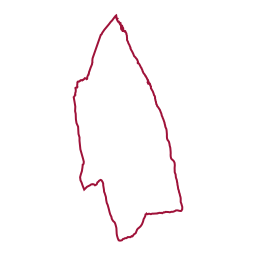 the district of Karura, Semenawi Keyih Bahri, Eritrea
{"feature_id": "51966322B45199582240714", "entity_name": "Karura", "entity_type": "district", "adm_level": 2, "iso_a3": "ERI", "parent_name": "Eritrea", "parent_adm1": "Semenawi Keyih Bahri", "projection": "equal_earth", "projection_center": [38.724, 17.385], "detail": "fine", "context": "isolated", "style": "outline", "palette": "rose", "viewbox_px": 256, "rotation_deg": 0, "n_neighbors": 0, "source": "geoboundaries", "source_scale": "gbopen_adm2", "svg_char_len": 5645}
<svg xmlns="http://www.w3.org/2000/svg" viewBox="0 0 256 256"><path d="M84.2,189.6L87.0,186.8L90.0,185.3L90.9,184.6L91.4,184.3L92.5,184.3L92.9,184.1L93.6,184.4L94.3,184.6L94.5,184.8L95.0,185.3L95.5,185.0L96.4,184.6L96.9,183.9L97.3,182.6L97.5,182.3L98.3,181.8L98.8,181.1L99.2,180.7L100.6,179.9L101.2,180.1L101.7,180.5L101.9,180.9L102.7,182.2L103.2,183.7L103.2,185.2L103.9,189.4L104.1,191.8L104.6,192.9L105.9,197.0L106.2,200.0L106.8,203.0L107.2,203.9L107.5,204.4L107.9,205.7L108.8,209.0L109.6,212.3L110.3,214.6L111.4,216.8L111.7,218.4L111.8,218.8L112.7,220.4L113.4,221.3L114.3,222.0L115.0,223.1L115.3,224.0L115.7,225.3L116.1,226.8L116.4,228.1L116.7,233.7L117.0,235.6L117.9,238.6L118.1,239.1L118.5,239.5L118.7,240.0L118.7,240.3L119.6,240.6L120.4,240.6L121.8,240.3L122.1,240.1L122.7,239.3L123.2,238.9L124.0,238.8L125.0,238.2L126.6,238.1L127.4,237.3L127.7,237.1L128.4,237.2L129.0,237.0L129.9,237.2L130.3,237.2L131.6,236.2L132.0,236.5L132.5,236.3L133.6,234.8L134.1,234.2L134.8,233.8L135.7,233.1L137.1,229.6L137.9,228.6L138.6,228.1L140.5,226.4L141.9,224.4L143.0,221.7L143.4,220.2L143.6,219.2L144.1,218.4L145.2,216.2L145.5,214.5L146.0,214.3L146.5,213.6L147.0,214.1L147.7,214.2L148.2,213.9L148.5,213.8L149.7,213.8L150.5,214.1L151.1,214.1L151.7,213.8L152.9,213.6L153.6,213.7L154.2,213.6L154.7,213.6L155.4,213.5L156.0,213.6L156.8,213.4L157.2,213.5L157.6,213.2L158.3,213.2L159.2,212.8L160.4,213.0L161.1,212.8L162.1,213.2L162.4,213.2L163.5,212.4L163.9,212.3L164.6,212.4L165.5,211.9L168.2,212.0L169.8,212.3L171.4,211.8L172.9,211.8L174.6,211.2L176.0,210.4L177.8,210.4L179.1,210.8L180.8,211.0L181.2,210.9L181.5,210.6L182.3,209.0L182.2,208.7L182.3,207.2L182.2,206.6L181.7,205.0L181.5,204.1L180.7,202.0L180.7,198.5L180.5,197.1L180.1,195.9L179.6,193.6L179.1,192.3L179.1,192.0L179.0,191.9L178.8,190.5L178.2,189.0L177.8,186.1L177.5,185.0L177.3,182.8L177.1,182.4L177.0,181.3L176.9,181.1L176.8,180.1L175.9,177.5L175.6,174.4L174.8,172.5L174.7,171.8L174.7,170.8L174.6,168.1L174.8,165.4L174.7,163.9L174.5,162.6L174.2,162.0L173.9,161.3L172.9,160.2L171.8,159.3L171.2,158.5L171.0,157.9L170.7,156.5L170.7,155.8L170.6,155.1L170.7,153.2L170.6,151.2L170.3,147.8L169.7,145.6L169.5,144.1L169.0,142.0L168.3,140.8L167.5,139.8L167.4,139.3L167.1,138.8L166.9,137.0L166.9,134.2L166.6,130.5L166.3,128.9L165.5,127.2L165.2,126.0L165.2,125.6L165.0,125.1L164.9,124.3L164.6,123.7L164.6,123.0L163.3,119.2L162.7,117.9L162.5,117.1L161.8,115.7L161.4,113.8L161.1,113.0L160.8,112.4L160.5,111.5L160.0,110.3L159.9,109.9L158.9,108.4L158.1,107.1L157.3,106.3L156.9,105.0L156.3,104.1L156.3,103.5L156.0,102.7L156.0,101.9L155.6,101.0L155.3,99.3L155.1,98.8L155.0,98.2L155.1,97.6L154.8,96.2L154.0,95.1L153.8,94.2L153.4,92.9L153.2,92.6L152.9,91.6L152.1,90.2L151.8,89.8L151.6,89.2L151.0,88.5L150.9,87.9L150.9,87.0L151.1,87.2L151.2,87.3L151.0,87.0L151.0,86.5L150.5,85.8L150.3,85.1L150.2,85.3L149.4,83.6L148.9,83.0L148.7,83.0L148.8,83.4L148.8,83.7L148.7,83.8L148.3,83.8L148.1,83.6L148.1,83.1L148.3,82.8L148.5,82.8L148.3,82.6L148.4,82.3L148.6,82.2L148.4,81.9L148.3,82.3L148.0,82.5L147.7,82.5L147.6,82.4L147.6,82.1L147.8,81.8L148.3,81.2L148.2,81.1L148.1,80.8L148.0,80.4L147.9,80.4L147.7,79.9L147.7,79.7L147.4,79.6L147.3,79.2L146.8,78.3L146.7,77.8L146.0,76.8L145.9,76.4L145.7,76.4L145.2,75.6L144.7,74.5L144.1,73.9L143.2,72.6L143.1,72.2L143.0,71.8L142.6,71.2L142.4,70.2L141.9,69.3L141.5,68.1L141.3,68.0L141.0,67.5L139.4,64.3L138.6,63.3L138.0,63.3L137.7,63.0L137.7,62.7L138.0,62.2L138.0,61.8L137.7,60.9L137.4,60.5L137.2,59.6L136.9,59.2L136.0,58.2L135.4,57.3L134.3,56.3L134.3,56.2L134.1,56.0L133.0,53.2L132.7,52.8L132.2,51.6L131.2,50.0L130.9,49.2L130.7,49.0L130.4,48.2L130.5,47.6L129.8,46.2L129.5,45.2L128.4,43.3L127.9,41.6L127.3,40.6L127.0,39.9L127.1,38.9L126.9,36.7L126.9,35.7L126.8,35.3L126.4,34.3L126.4,33.4L125.8,32.5L125.3,31.2L125.1,31.0L123.4,30.8L123.1,31.0L122.8,30.9L122.8,31.0L122.7,31.0L122.6,29.9L122.8,29.6L123.1,30.0L123.3,30.2L123.2,29.5L123.2,29.1L122.8,29.2L122.1,29.8L121.7,29.8L121.5,29.6L121.4,29.1L121.3,28.7L121.4,28.3L121.4,28.1L121.5,28.0L121.1,28.0L121.1,27.8L121.0,27.3L121.0,26.8L121.1,26.4L120.7,25.1L120.7,24.4L120.1,24.4L119.9,24.1L120.0,23.5L120.3,23.0L120.1,22.9L120.0,23.0L119.2,22.8L119.1,22.5L119.2,22.2L119.0,21.9L118.8,22.0L118.3,21.9L118.2,21.7L118.2,21.4L117.9,21.3L117.6,20.9L117.0,19.6L117.1,19.2L117.5,18.6L116.9,18.2L116.5,18.4L116.3,17.9L116.4,16.5L116.2,15.4L115.7,15.7L115.1,16.7L114.7,17.0L112.1,20.5L110.7,21.9L108.9,24.3L104.4,29.7L102.2,32.9L101.6,34.3L101.2,34.7L100.8,34.8L92.7,58.0L92.5,58.8L92.4,60.2L92.3,60.9L92.4,61.8L92.4,62.6L92.1,63.1L92.1,64.1L90.6,67.7L89.3,71.5L89.0,72.1L88.9,73.4L88.6,73.9L88.6,74.4L88.4,74.4L87.4,76.6L87.2,77.5L87.2,78.6L87.1,78.9L86.7,79.1L86.5,78.8L86.4,78.9L85.4,78.3L84.8,78.2L84.0,79.2L83.1,79.7L83.1,79.9L82.8,80.0L82.2,80.4L81.9,80.1L81.0,80.3L80.9,80.2L80.5,80.3L80.1,80.7L80.0,81.0L78.8,81.7L78.7,81.7L78.4,81.5L77.7,81.7L77.6,81.9L77.5,82.4L77.3,82.8L77.4,83.9L77.2,84.7L77.2,86.2L77.4,86.6L77.4,87.0L77.0,87.6L76.8,87.6L76.5,87.4L75.8,87.7L75.4,88.0L75.5,88.5L75.6,88.8L75.8,90.0L75.7,91.3L75.7,91.8L75.4,92.6L75.2,93.2L75.3,94.9L74.9,95.0L74.7,95.8L74.4,96.4L73.8,97.1L73.7,97.2L74.5,101.6L75.3,106.6L75.1,111.1L75.7,113.8L75.9,119.3L76.5,123.1L78.1,126.7L78.5,134.0L79.5,137.4L79.5,140.8L80.4,149.4L83.2,159.3L83.8,161.8L83.6,163.7L82.9,164.9L82.7,164.9L82.5,167.2L81.9,171.1L80.8,174.5L80.1,177.2L80.5,180.3L81.6,182.6L82.5,185.3L84.2,189.6ZM122.0,25.7L121.7,25.5L121.9,26.0L121.8,26.4L122.0,26.2L122.2,26.5L122.2,26.1L122.0,25.9L122.0,25.7ZM123.0,27.9L122.7,27.3L122.5,26.9L122.5,27.0L122.7,27.7L122.5,27.8L122.5,28.0L122.8,27.9L122.9,28.2L123.0,28.1L123.0,27.9Z" fill="none" stroke="#9f1239" stroke-width="2"/></svg>